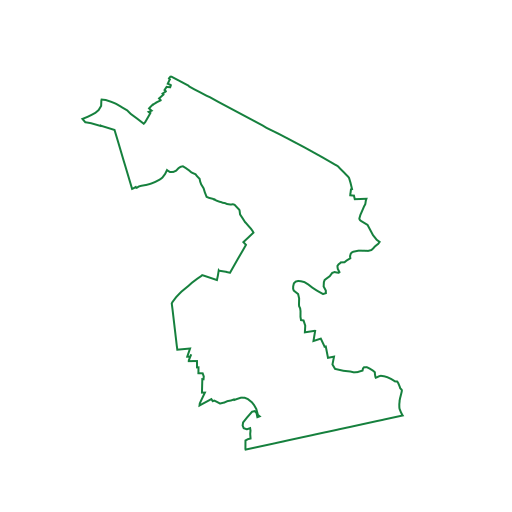 Tuxtilla, Veracruz, Mexico, rotated 342°
{"feature_id": "50627088B40766797013882", "entity_name": "Tuxtilla", "entity_type": "district", "adm_level": 2, "iso_a3": "MEX", "parent_name": "Mexico", "parent_adm1": "Veracruz", "projection": "orthographic", "projection_center": [-95.881, 18.191], "detail": "fine", "context": "isolated", "style": "outline", "palette": "green", "viewbox_px": 512, "rotation_deg": 342, "n_neighbors": 0, "source": "geoboundaries", "source_scale": "gbopen_adm2", "svg_char_len": 5487}
<svg xmlns="http://www.w3.org/2000/svg" viewBox="0 0 512 512"><g transform="rotate(342 256 256)"><path d="M346.2,453.0L345.9,451.9L345.9,451.7L345.5,449.0L345.3,445.6L345.6,444.1L346.5,441.2L347.7,438.5L347.7,438.3L347.9,437.9L349.0,435.9L350.7,433.2L352.2,430.8L353.1,429.2L353.2,428.2L352.3,426.4L352.3,424.6L352.0,420.8L351.5,419.0L349.4,418.2L348.4,416.9L346.5,414.7L343.5,411.9L340.9,410.1L337.7,408.5L336.0,408.4L333.7,408.7L332.3,408.8L332.2,408.0L332.6,405.1L333.1,403.3L332.6,402.4L331.7,401.0L329.4,398.3L328.4,397.3L327.9,396.8L327.0,396.0L324.9,395.4L324.4,395.2L323.0,396.0L322.9,396.2L321.9,397.9L318.7,397.8L316.7,397.8L313.1,396.9L310.0,395.0L303.7,392.2L296.3,387.8L295.2,382.8L299.1,375.8L293.0,375.1L294.4,363.6L293.2,363.5L293.2,363.2L292.1,354.6L284.4,354.6L289.1,345.5L288.7,345.3L278.9,343.7L281.3,337.5L281.3,332.0L279.0,330.9L279.5,327.6L281.3,322.2L281.8,319.5L281.5,317.0L281.9,315.4L283.9,309.7L284.3,305.2L281.3,300.7L281.2,300.5L281.2,298.6L282.0,296.3L283.6,293.7L285.9,292.6L288.5,292.8L291.1,294.0L294.0,295.8L296.9,299.2L299.8,303.5L300.7,304.6L302.7,307.1L304.2,308.8L308.0,312.9L310.6,312.9L311.0,312.9L311.7,310.4L310.9,305.9L312.5,301.8L313.9,300.0L316.2,299.2L319.9,298.0L321.3,297.0L323.3,295.6L324.0,295.6L325.1,295.6L325.7,295.5L327.2,296.4L329.4,297.5L330.4,297.1L329.8,293.6L330.1,291.7L330.4,290.6L332.0,289.4L333.6,288.9L334.7,288.3L338.2,289.3L340.8,288.3L345.0,287.3L345.4,285.2L346.8,283.1L348.1,282.3L349.8,282.0L355.1,282.6L359.6,284.1L364.3,285.8L367.6,286.0L370.0,284.9L371.8,283.8L374.0,282.9L376.0,282.2L377.9,280.8L375.8,277.9L373.7,272.3L371.7,260.9L366.6,255.0L366.0,254.0L365.8,252.9L365.9,252.2L368.1,249.0L369.2,247.8L371.5,245.2L374.3,242.0L374.9,241.5L376.0,240.4L377.6,237.2L378.7,235.7L375.6,234.8L372.7,234.0L367.5,232.5L367.8,228.8L367.5,228.7L367.2,228.6L365.1,227.7L364.4,227.4L365.0,225.9L365.7,224.6L366.3,223.3L366.9,222.0L367.9,222.1L368.0,222.1L368.5,215.7L368.6,211.6L368.6,210.5L368.3,209.5L368.1,209.0L367.2,207.2L366.3,205.4L366.1,205.0L365.8,204.3L362.8,198.5L362.1,196.9L361.5,195.8L360.3,194.4L360.0,194.1L359.9,194.1L350.4,183.5L335.1,167.1L316.1,147.6L305.5,137.3L302.7,134.0L267.7,97.7L261.2,90.7L258.6,88.4L253.0,82.6L248.8,78.4L244.9,74.2L244.3,73.0L231.0,59.3L230.0,59.0L228.1,60.2L228.6,61.5L228.4,61.6L225.3,64.9L227.4,66.7L227.8,67.2L227.5,67.7L226.5,69.0L225.4,68.5L224.1,68.0L223.3,67.5L220.5,69.7L220.3,69.9L221.1,71.2L221.1,71.6L217.3,72.7L217.8,73.9L212.5,76.2L213.2,77.7L213.5,78.4L213.4,78.5L211.4,78.8L209.1,79.1L208.6,79.2L208.6,79.3L205.1,80.1L204.8,80.3L204.6,80.1L200.7,82.1L199.9,82.6L201.4,85.2L201.6,85.5L200.2,85.7L199.1,85.8L198.4,85.8L198.5,86.0L199.1,86.7L199.7,87.4L197.9,89.1L191.9,94.5L190.1,95.5L185.4,88.6L180.8,82.2L179.3,79.3L178.5,77.7L174.3,73.0L173.6,72.1L172.7,71.1L171.1,69.3L170.1,68.2L168.8,67.0L165.9,64.6L161.3,61.2L157.5,59.5L156.9,60.5L155.1,65.4L151.4,68.6L147.5,70.2L143.1,71.0L138.9,71.6L133.3,72.0L135.0,76.1L135.5,76.3L136.1,76.6L138.4,77.8L140.1,78.7L148.4,84.3L148.6,84.0L148.8,84.2L160.4,92.4L160.1,106.0L159.6,124.0L159.5,129.6L158.9,153.9L160.7,153.7L162.9,153.2L163.0,154.0L163.5,154.3L164.9,154.0L165.8,153.7L167.2,153.7L168.7,153.8L172.3,154.3L173.4,154.5L177.0,154.7L178.1,154.7L178.9,154.7L181.9,154.5L183.1,154.4L187.9,153.6L189.6,153.1L191.2,152.5L194.9,149.9L197.9,146.8L198.2,147.3L200.1,149.5L203.3,150.5L206.3,150.2L207.1,149.8L209.5,148.5L211.8,147.9L212.3,147.9L214.2,148.1L216.5,150.8L217.5,152.2L218.6,153.6L220.3,156.4L221.3,157.4L223.8,159.6L224.1,160.6L224.6,161.9L225.7,164.2L226.2,165.1L225.9,168.0L226.0,171.0L226.3,172.1L227.1,175.5L227.0,179.7L227.1,181.1L227.3,184.5L229.3,186.2L232.8,188.4L233.6,189.4L233.9,189.3L234.0,189.3L234.0,189.5L235.4,191.0L236.9,192.2L238.2,193.2L239.4,193.9L240.8,195.1L241.6,195.5L242.7,196.0L244.5,197.6L247.5,199.1L248.4,199.4L249.9,199.6L251.0,200.3L251.7,201.1L252.3,202.5L254.4,206.9L254.4,207.8L253.7,211.5L254.0,212.7L254.9,215.9L256.1,220.6L256.3,220.7L258.4,225.7L259.4,228.0L259.7,228.7L260.6,231.7L260.8,233.0L248.3,238.9L249.9,242.3L249.7,242.5L247.5,244.5L245.2,246.6L237.8,253.2L226.1,263.9L223.0,262.1L222.9,261.9L216.2,258.5L216.1,258.2L213.5,263.2L211.4,266.8L209.0,265.0L200.1,258.4L198.9,257.6L197.5,258.2L193.3,259.4L186.9,261.6L182.4,263.6L174.2,266.8L171.1,268.4L167.4,270.4L162.4,273.9L161.5,274.8L161.2,275.1L160.1,281.0L152.8,317.5L152.8,317.8L152.7,318.2L152.2,320.8L164.7,323.6L159.5,330.5L162.2,331.5L164.0,329.5L159.9,334.4L159.6,335.2L167.4,337.7L165.5,343.7L166.9,344.1L165.0,349.7L169.0,351.1L169.1,354.4L168.0,357.0L166.9,356.5L162.4,369.2L165.2,370.1L159.7,375.9L157.0,378.8L156.1,380.7L169.3,378.3L170.0,380.7L171.6,380.6L173.6,382.5L176.2,385.2L180.1,385.5L180.3,385.6L184.0,385.2L187.7,385.7L190.7,385.6L190.8,386.2L193.7,386.1L198.0,386.1L201.4,387.3L204.0,389.5L206.9,393.9L208.1,397.2L209.0,401.6L208.7,407.7L209.9,409.6L207.5,409.7L208.0,405.5L206.8,403.1L204.1,402.9L197.6,406.8L192.3,410.3L191.1,412.7L191.0,412.9L190.9,413.1L191.1,416.0L193.8,418.0L197.2,417.9L197.0,419.2L196.8,420.4L195.5,423.4L194.6,427.2L194.4,427.9L191.8,427.7L189.0,428.2L188.5,429.6L186.3,436.3L186.3,436.9L202.9,438.6L210.6,439.4L230.2,441.3L245.0,442.8L254.6,443.8L256.1,443.9L256.6,444.0L257.0,444.0L267.9,445.1L268.5,445.2L276.2,446.0L280.3,446.4L280.8,446.4L288.3,447.2L288.6,447.2L292.0,447.6L297.2,448.1L302.3,448.6L304.1,448.8L304.5,448.8L305.4,448.9L315.4,449.9L319.6,450.3L325.8,451.0L327.4,451.1L346.2,453.0Z" fill="none" stroke="#15803d" stroke-width="2"/></g></svg>